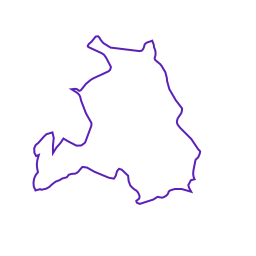 SVG path tracing the border of Akershus, rotated 20°
{"feature_id": "NOR-917", "entity_name": "Akershus", "entity_type": "County", "adm_level": 1, "iso_a3": "NOR", "parent_name": "Norway", "parent_adm1": "", "projection": "robinson", "projection_center": [11.148, 60.053], "detail": "fine", "context": "isolated", "style": "outline", "palette": "violet", "viewbox_px": 256, "rotation_deg": 20, "n_neighbors": 0, "source": "natural_earth", "source_scale": "10m", "svg_char_len": 2164}
<svg xmlns="http://www.w3.org/2000/svg" viewBox="0 0 256 256"><g transform="rotate(20 128 128)"><path d="M208.1,153.4L205.0,155.5L204.2,161.0L205.7,163.2L209.2,166.3L199.2,167.0L192.9,169.3L190.0,171.4L188.6,172.7L188.0,173.9L188.1,175.2L187.9,176.6L187.4,178.0L186.1,179.8L184.8,181.2L183.5,181.9L179.3,182.6L176.2,186.6L165.0,195.3L162.2,195.2L161.5,194.8L160.7,193.7L162.5,190.8L162.6,189.8L162.3,188.4L161.5,187.2L159.8,185.5L158.4,184.5L157.0,183.9L155.0,183.5L152.7,182.7L149.9,181.3L146.8,177.7L144.4,172.8L136.3,169.3L133.5,169.4L132.5,172.2L132.8,177.3L132.1,180.4L127.0,181.3L111.4,180.6L102.9,179.2L98.5,180.2L97.9,181.5L96.1,186.4L94.9,188.1L93.9,189.0L90.9,190.3L88.5,192.0L88.2,192.6L87.4,195.2L83.3,198.1L81.6,200.4L78.6,202.9L77.4,204.5L75.2,208.2L74.3,210.2L72.0,212.9L67.9,215.6L67.5,215.6L66.4,215.5L62.4,218.3L61.8,217.4L60.5,216.4L59.3,214.9L57.8,211.4L57.1,207.7L57.3,203.9L58.5,200.3L56.4,196.9L54.8,193.5L53.8,189.3L53.4,183.8L51.3,185.8L48.6,183.4L46.8,179.1L47.1,175.5L48.9,172.6L51.9,164.9L53.5,161.7L58.5,158.0L61.6,162.7L63.7,170.9L66.1,177.2L67.4,171.0L69.8,164.8L70.9,160.0L76.1,161.0L85.6,162.2L89.7,160.6L90.6,159.7L92.5,156.7L92.7,155.4L92.8,138.5L92.0,135.9L83.6,128.7L74.8,118.6L72.3,114.9L70.6,113.4L68.2,112.3L61.7,110.9L65.1,109.2L66.9,109.0L69.4,109.8L70.2,109.2L70.8,108.6L73.4,100.9L76.4,95.7L78.5,93.1L90.2,81.5L91.1,80.0L91.3,79.2L91.1,76.5L83.5,69.5L80.2,67.3L77.6,66.7L63.3,65.5L62.3,65.1L62.1,64.2L62.5,62.4L64.2,59.4L66.0,54.2L66.3,53.2L68.5,52.0L70.4,53.0L71.7,54.2L75.1,56.3L76.1,56.7L84.1,58.4L112.5,51.8L114.1,50.9L114.8,50.0L115.3,48.0L115.3,46.5L115.1,43.8L115.7,42.4L116.3,41.5L120.7,37.9L120.9,37.7L123.7,40.9L124.8,43.1L127.1,45.8L128.2,47.9L129.0,50.4L129.1,53.2L129.8,54.3L130.5,54.9L136.2,56.9L138.4,58.2L144.1,62.9L147.3,67.6L148.8,70.7L153.6,77.4L163.3,85.5L172.1,91.1L172.7,93.0L173.0,95.6L171.4,102.0L171.7,105.2L172.5,106.7L173.7,108.0L177.1,110.1L191.1,116.6L201.1,123.9L203.7,125.2L203.9,125.8L204.2,127.6L204.0,131.5L203.5,132.5L202.8,133.8L202.5,134.5L202.4,135.2L204.0,145.5L204.8,148.4L205.7,150.4L206.7,151.9L208.0,153.3L208.1,153.4Z" fill="none" stroke="#5b21b6" stroke-width="2"/></g></svg>